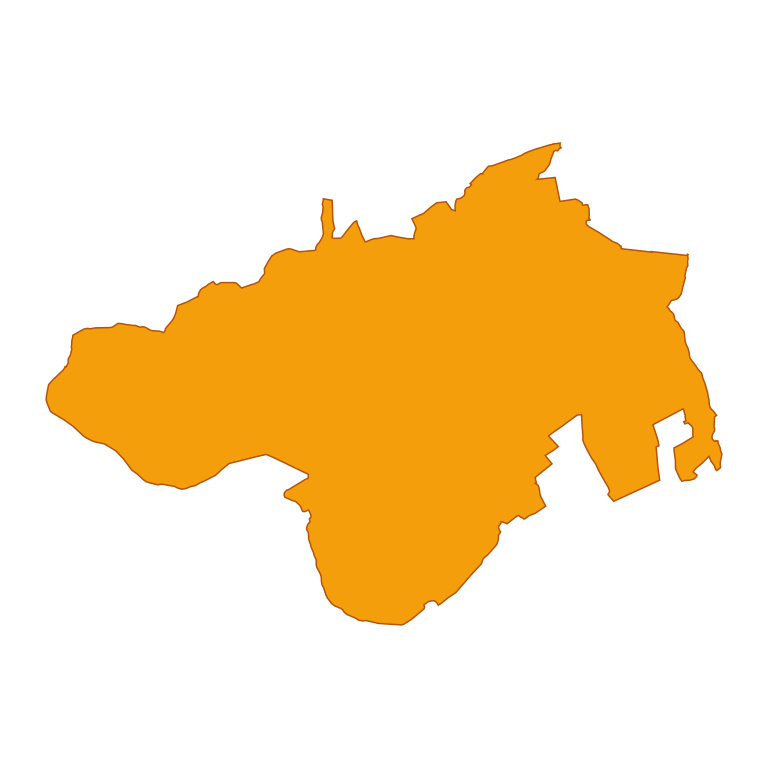 the district of Rafaila, Vaslui, Romania
{"feature_id": "2599482B94397717577016", "entity_name": "Rafaila", "entity_type": "district", "adm_level": 2, "iso_a3": "ROU", "parent_name": "Romania", "parent_adm1": "Vaslui", "projection": "equal_earth", "projection_center": [27.373, 46.79], "detail": "fine", "context": "isolated", "style": "filled", "palette": "amber", "viewbox_px": 768, "rotation_deg": 0, "n_neighbors": 0, "source": "geoboundaries", "source_scale": "gbopen_adm2", "svg_char_len": 6086}
<svg xmlns="http://www.w3.org/2000/svg" viewBox="0 0 768 768"><path d="M438.3,605.2L442.0,602.7L447.9,597.9L455.8,592.6L471.6,574.3L480.4,564.9L481.5,563.5L482.9,559.1L484.9,557.1L487.3,555.3L496.8,544.5L498.4,539.3L498.5,535.2L500.7,531.9L499.3,530.2L498.6,527.6L498.8,526.0L499.9,524.8L501.1,522.7L501.0,521.7L502.0,521.7L507.1,523.7L516.3,516.6L518.3,515.4L520.9,517.2L523.1,518.2L523.9,519.1L525.2,518.6L528.8,515.8L535.3,513.2L545.7,506.2L540.9,496.8L539.9,493.6L539.2,488.3L538.2,485.5L536.9,484.1L535.2,483.5L535.2,483.1L535.9,483.2L536.4,482.5L535.7,480.3L535.3,477.3L552.0,463.8L545.2,455.6L553.7,450.1L558.3,446.5L548.5,436.0L552.1,433.1L559.3,428.2L577.3,415.0L581.5,414.7L582.2,427.1L583.0,436.7L582.8,439.9L583.8,443.0L587.8,451.2L591.7,458.3L595.6,463.8L598.2,469.6L602.0,476.6L608.3,487.4L609.6,490.9L608.9,493.1L608.2,493.8L608.0,494.4L608.3,495.1L613.7,501.3L659.7,480.2L658.0,468.3L656.1,446.9L658.9,445.8L658.2,441.7L657.0,437.2L652.9,424.7L683.1,408.8L683.6,409.7L685.4,416.2L685.0,416.9L686.0,420.6L683.7,421.8L684.9,423.9L688.1,422.8L691.9,426.4L692.9,428.4L692.8,434.3L693.1,436.9L682.0,443.8L674.0,447.9L674.1,451.1L675.4,460.3L675.5,468.8L679.8,478.2L681.8,481.2L684.5,480.5L689.8,480.2L694.0,479.0L696.7,476.5L696.9,474.9L693.1,472.0L695.9,468.3L702.0,463.3L709.0,456.4L710.9,461.0L714.4,465.7L715.7,469.6L716.9,470.6L720.4,467.7L720.6,466.5L720.1,465.0L720.4,461.9L721.9,454.3L720.4,450.1L720.0,447.2L717.9,443.0L718.1,441.1L715.9,440.6L715.8,441.3L714.2,441.1L712.4,439.3L711.9,437.2L712.5,434.4L714.6,430.7L714.6,428.2L714.0,427.3L714.6,416.8L716.6,415.3L713.4,411.1L711.4,409.4L710.1,407.3L709.4,405.1L708.9,399.3L707.9,395.2L707.5,392.1L704.8,383.0L703.1,378.9L701.4,372.7L699.9,371.5L697.7,368.8L694.2,363.6L691.1,359.8L690.1,358.2L689.6,356.1L689.3,353.3L688.2,348.8L685.9,344.0L685.1,340.9L684.3,333.1L683.9,331.2L681.6,328.8L679.7,325.7L678.0,322.4L675.5,320.7L674.9,319.8L673.8,314.7L672.5,312.8L669.8,310.5L668.9,308.7L667.1,306.9L669.7,303.3L670.7,301.2L671.9,300.4L674.3,299.9L677.5,298.7L678.5,297.8L681.2,294.1L682.7,287.3L685.4,277.6L684.8,275.6L686.6,267.9L687.8,265.9L687.6,260.9L688.1,258.8L687.8,257.3L687.8,255.2L688.1,254.7L687.5,254.4L687.5,255.5L651.4,251.6L651.6,252.1L621.3,248.7L621.0,246.2L620.6,246.2L617.4,243.4L612.3,241.4L609.6,239.4L598.1,232.0L589.0,226.7L586.7,224.7L586.1,223.9L586.1,223.1L586.4,221.3L586.8,220.7L587.4,220.3L589.7,220.2L590.1,220.1L590.1,219.6L588.9,218.4L589.2,215.5L589.0,208.5L587.6,204.7L582.7,205.2L582.0,202.9L578.4,200.3L575.5,199.1L560.0,201.4L555.1,177.5L537.1,179.3L537.7,178.8L538.5,177.2L538.9,174.2L540.4,173.1L542.9,172.0L544.8,170.8L549.1,165.0L550.0,162.9L550.8,159.3L553.9,151.3L555.6,150.5L557.4,150.8L558.2,150.2L559.5,148.5L561.1,147.8L559.8,145.8L560.3,143.1L553.1,143.9L553.0,144.3L549.3,145.0L534.5,149.5L528.0,151.9L524.3,153.5L521.5,155.3L514.0,158.4L510.5,159.6L508.6,159.9L493.1,165.5L490.5,166.1L488.8,166.1L487.6,167.1L484.3,171.1L482.8,173.1L482.6,174.0L480.9,173.5L479.4,174.6L475.3,178.1L470.0,183.7L471.4,184.5L470.1,186.7L466.4,188.0L464.8,190.3L464.7,191.3L465.0,192.5L464.8,193.9L464.1,195.6L461.0,198.1L456.8,199.1L455.9,200.9L455.0,206.1L455.3,210.8L451.5,209.6L446.2,201.8L436.7,202.8L431.1,206.9L423.6,213.4L411.9,218.6L415.9,227.1L416.0,229.2L414.7,232.7L413.8,236.8L414.1,238.7L408.1,238.8L397.7,237.0L391.1,235.5L378.0,238.5L374.6,238.6L371.7,239.4L365.8,241.8L365.1,241.8L361.6,234.6L359.2,227.9L357.4,224.4L356.8,221.0L356.4,220.8L353.6,222.6L347.9,229.4L342.0,237.1L340.6,238.1L333.5,238.4L332.2,237.9L332.5,232.7L332.9,231.6L334.7,228.5L334.1,226.7L332.9,220.7L332.2,200.3L323.3,198.8L323.3,200.1L322.3,204.4L323.1,206.6L322.6,212.9L321.2,217.7L321.5,220.1L322.3,221.9L323.4,233.9L322.4,237.0L321.1,239.5L319.3,242.4L317.4,244.5L316.5,246.0L315.8,247.7L315.6,250.1L314.5,250.4L299.3,251.8L291.0,249.0L288.3,248.8L286.5,249.2L276.2,253.0L271.9,255.8L268.8,260.5L264.3,268.6L264.6,272.3L264.4,273.9L260.7,278.4L258.8,281.7L254.2,283.9L252.0,284.4L241.6,288.0L236.5,283.3L234.7,282.6L221.5,282.6L220.4,282.8L217.4,284.6L216.4,284.6L215.2,283.9L213.4,281.6L212.6,281.9L208.4,284.2L206.1,286.3L202.4,288.2L200.4,290.0L199.2,292.2L198.4,294.4L198.2,296.7L196.9,296.9L186.6,302.2L178.3,305.3L177.6,305.7L175.7,313.4L174.1,317.4L172.2,320.5L165.5,328.5L164.7,331.5L163.9,332.1L162.9,332.4L159.8,331.2L152.3,330.7L149.9,330.0L146.7,328.0L143.9,326.8L142.2,326.7L140.1,327.3L135.3,325.4L133.0,325.4L125.8,324.5L122.1,323.7L118.4,323.4L117.3,323.8L113.6,326.4L111.8,327.3L109.3,327.6L95.2,327.9L90.0,328.8L88.0,328.4L85.7,328.6L83.7,329.2L78.2,332.2L76.8,333.2L73.4,334.8L72.8,335.5L72.7,337.3L71.9,340.3L71.6,345.0L71.3,347.1L71.8,349.1L70.3,355.2L68.2,358.9L68.2,362.7L66.1,367.0L65.1,366.6L64.6,367.9L63.4,369.8L52.7,380.0L48.6,384.6L46.5,395.7L46.1,399.8L47.1,403.2L50.2,410.9L52.0,412.6L64.0,419.8L73.4,426.5L83.2,435.7L86.0,437.7L91.5,440.6L95.1,441.9L104.5,443.9L115.8,450.8L123.3,458.7L131.9,470.2L137.4,474.1L143.1,479.5L145.8,481.5L149.5,482.8L157.7,484.8L160.8,484.2L164.7,484.5L166.8,485.1L174.4,486.3L176.9,487.7L181.4,489.2L186.1,488.5L190.7,486.5L194.6,485.9L197.8,484.2L199.6,483.0L203.1,481.6L215.4,475.4L221.3,469.9L229.1,463.5L256.6,456.6L265.9,454.5L268.4,455.3L273.5,457.5L308.3,474.3L308.2,478.3L305.5,479.3L288.3,489.8L286.7,490.1L284.3,492.9L284.1,495.4L284.9,497.3L292.1,500.4L295.5,501.4L299.4,505.0L300.8,506.8L301.6,509.3L302.7,511.4L304.8,511.6L308.5,510.0L309.2,511.2L310.8,514.7L311.2,516.4L310.7,517.6L309.6,518.4L309.4,519.0L309.9,521.5L309.7,522.4L308.7,523.2L307.5,525.0L306.6,528.4L306.8,529.8L308.4,532.8L308.7,539.0L309.4,541.5L310.4,543.9L311.2,547.3L313.4,552.4L314.1,555.3L316.2,559.9L316.2,564.9L316.9,567.5L320.3,573.9L321.2,577.0L321.5,582.2L322.2,585.3L323.6,587.6L326.1,595.4L327.3,597.8L331.7,603.6L334.8,605.9L340.9,608.5L342.4,609.6L344.2,612.1L346.8,614.4L355.5,618.1L358.8,620.2L363.1,621.0L365.7,620.5L378.8,623.5L401.5,624.9L403.9,624.1L411.3,619.5L423.9,609.0L424.7,607.2L424.1,605.8L424.1,604.7L428.2,601.7L431.8,600.7L434.7,600.9L436.7,602.6L438.3,605.2Z" fill="#f59e0b" stroke="#b45309" stroke-width="1.5"/></svg>